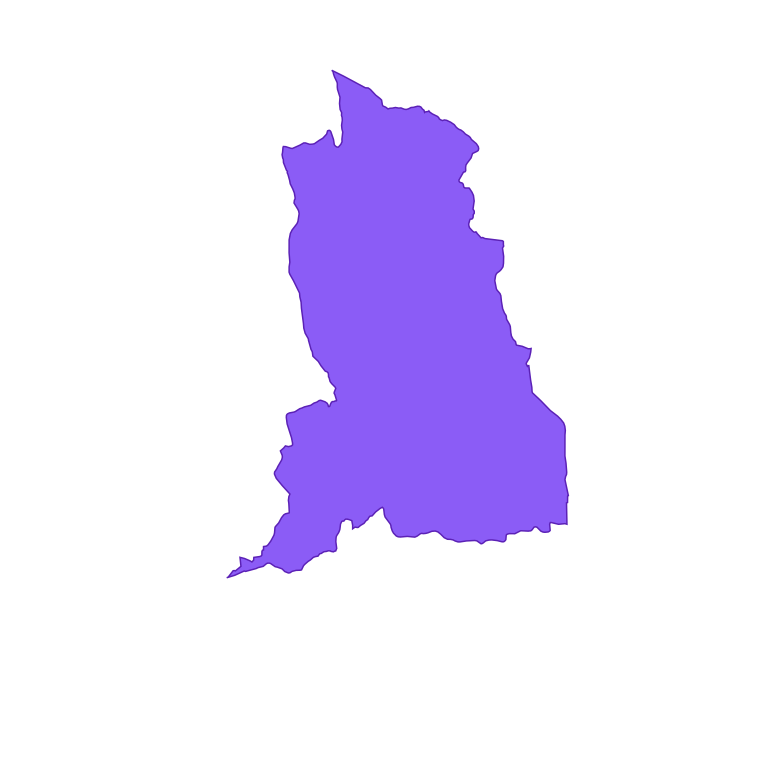 Cucunubá, Cundinamarca, Colombia, rotated 127°
{"feature_id": "7082276B75127006220699", "entity_name": "Cucunubá", "entity_type": "district", "adm_level": 2, "iso_a3": "COL", "parent_name": "Colombia", "parent_adm1": "Cundinamarca", "projection": "robinson", "projection_center": [-73.78, 5.231], "detail": "fine", "context": "isolated", "style": "filled", "palette": "violet", "viewbox_px": 768, "rotation_deg": 127, "n_neighbors": 0, "source": "geoboundaries", "source_scale": "gbopen_adm2", "svg_char_len": 6171}
<svg xmlns="http://www.w3.org/2000/svg" viewBox="0 0 768 768"><g transform="rotate(127 384 384)"><path d="M385.9,153.5L369.1,166.7L368.2,166.1L363.0,169.9L362.2,169.6L351.5,181.9L348.6,183.3L346.4,183.8L344.5,185.0L337.7,191.0L332.6,196.2L315.8,208.8L312.0,211.2L308.9,214.2L307.0,217.1L305.8,221.6L305.2,226.0L305.1,235.1L303.0,248.6L301.7,260.2L300.8,261.3L297.6,264.0L292.7,269.2L282.2,279.4L282.7,280.0L283.6,280.1L282.4,282.4L281.8,282.9L275.6,283.6L270.3,286.0L267.1,287.9L268.1,288.8L269.1,290.1L270.7,296.3L273.2,301.5L273.1,302.0L271.0,304.5L270.5,308.0L269.0,311.1L266.7,313.6L262.0,317.8L260.9,319.5L258.5,325.1L256.2,327.2L255.5,328.5L254.9,330.4L252.5,334.5L247.4,339.9L243.2,343.8L242.0,345.7L241.0,350.2L240.4,351.5L234.8,357.7L230.3,360.1L228.8,360.5L227.2,360.5L224.3,359.6L222.1,359.3L218.8,359.5L215.7,361.2L210.0,365.3L204.1,371.2L201.8,371.4L201.1,372.3L198.3,374.5L198.4,375.8L207.1,390.9L207.6,393.3L208.8,394.5L207.7,400.5L207.1,401.6L207.3,402.3L207.9,402.5L208.5,403.4L208.6,405.1L207.7,409.8L206.6,411.4L205.2,412.7L201.1,414.3L200.5,414.3L199.4,413.1L198.4,412.9L197.2,413.2L195.1,414.6L193.3,414.7L191.6,416.0L190.7,418.2L183.6,422.1L179.6,426.0L177.9,429.1L176.3,433.6L176.3,434.0L178.7,437.3L178.8,438.2L178.6,438.9L177.0,440.7L176.5,441.8L176.5,442.8L177.1,444.1L177.2,445.3L177.0,445.9L176.0,446.9L167.2,448.0L166.7,447.9L166.0,447.1L165.2,447.0L164.4,447.2L161.7,449.3L159.8,450.3L157.7,450.5L151.1,450.5L146.6,452.0L142.4,449.8L140.9,449.3L139.2,449.9L137.7,451.5L136.5,454.9L136.1,461.4L135.2,463.5L135.0,465.4L135.4,469.4L134.9,472.3L134.9,475.3L135.5,477.4L135.6,479.0L135.4,481.1L134.6,483.9L134.8,488.3L135.7,492.6L136.8,494.7L138.4,495.8L138.9,497.6L139.0,499.4L138.4,500.4L138.1,502.2L139.2,507.9L139.3,511.1L138.9,512.5L139.5,512.5L141.8,514.7L142.7,515.0L141.3,516.8L141.3,518.7L140.6,521.2L140.9,522.7L142.0,524.4L145.2,526.9L146.9,528.8L149.6,530.1L151.4,531.5L152.4,533.3L153.3,536.6L154.8,538.3L156.3,541.3L158.6,543.3L160.3,545.3L161.9,546.3L161.9,549.3L162.6,552.1L162.1,553.2L158.7,556.8L158.4,558.8L158.3,564.5L157.0,571.9L157.0,573.2L157.1,574.8L158.7,577.2L162.5,601.8L164.9,614.5L165.2,612.7L166.7,611.0L168.6,608.2L171.4,602.9L172.4,601.9L175.0,600.0L176.7,598.4L181.5,591.7L186.8,588.3L191.2,584.2L192.6,581.4L193.1,580.9L195.0,579.7L196.3,577.9L198.5,576.0L202.9,573.6L205.7,571.0L207.6,568.6L213.7,565.0L215.8,563.3L218.6,562.7L222.2,563.0L222.6,563.3L223.2,564.7L223.2,566.2L222.8,567.7L219.1,571.5L214.5,578.3L214.2,579.3L214.2,580.1L214.9,580.9L215.8,581.4L218.9,580.2L224.6,580.8L228.2,582.3L234.0,584.2L235.5,585.5L237.3,587.6L238.7,591.7L239.8,593.2L243.8,594.9L251.0,598.9L251.8,600.2L253.6,605.3L254.9,607.3L255.9,607.0L260.1,604.4L262.2,603.4L264.4,601.0L265.3,599.5L267.7,597.5L272.0,590.5L272.3,589.1L273.6,588.4L274.3,587.0L278.2,581.9L280.6,579.3L283.1,574.3L285.3,570.7L288.5,567.3L289.7,566.4L291.1,566.2L293.6,564.8L296.3,558.0L297.2,556.3L299.0,554.3L305.9,550.6L308.2,550.0L316.3,550.1L320.1,549.4L326.0,546.5L336.4,538.7L343.4,532.5L347.5,530.3L351.8,527.1L353.0,525.3L356.0,518.4L362.2,506.2L365.1,503.6L368.5,499.5L373.2,495.5L383.9,485.0L387.7,481.6L390.9,477.5L393.4,471.7L394.6,470.5L400.3,463.1L401.4,460.7L404.6,457.5L405.5,450.1L407.4,445.2L409.0,439.2L409.1,438.5L408.6,437.1L408.6,435.6L409.7,434.2L411.7,432.6L411.9,431.8L414.5,428.5L415.2,426.0L415.9,421.2L416.5,419.9L420.2,418.9L421.3,418.4L422.3,416.5L425.5,412.1L426.0,411.9L426.5,412.3L427.0,412.9L428.0,413.3L429.0,414.5L430.1,415.0L432.4,414.6L434.1,414.0L434.9,414.1L435.4,414.8L434.2,416.4L433.6,417.9L433.7,420.4L435.1,424.8L436.2,425.8L439.0,426.8L441.3,428.4L445.1,429.7L450.2,433.8L452.6,435.1L454.4,436.4L459.5,438.3L460.6,439.0L464.0,442.1L465.7,443.0L466.8,443.2L467.8,443.0L469.5,441.9L474.2,437.3L482.6,425.5L486.2,421.5L487.6,420.4L489.0,420.6L491.5,422.6L492.8,425.5L495.5,425.6L499.8,426.5L502.2,422.4L503.5,421.2L505.0,420.5L506.4,420.0L513.9,419.1L516.2,418.6L520.1,418.4L521.5,417.6L522.0,417.1L524.2,413.2L526.4,404.0L528.5,392.9L531.2,392.2L534.5,390.3L536.8,388.0L543.5,382.4L544.1,382.2L547.0,384.6L548.8,385.3L552.3,385.4L558.3,384.5L563.3,384.9L564.2,384.7L569.0,381.7L571.0,380.9L577.4,379.9L582.1,379.8L584.2,380.3L586.3,382.4L589.0,380.4L589.2,380.7L590.1,381.0L591.2,380.7L594.1,378.6L595.2,378.6L596.5,379.3L600.8,383.6L603.2,382.1L605.6,382.4L605.9,384.8L607.3,390.4L609.1,394.7L615.7,388.5L622.7,390.2L623.1,391.3L623.9,392.1L631.9,392.2L633.4,393.0L626.5,388.0L617.5,383.1L617.0,381.8L616.0,381.0L608.3,375.0L606.5,374.1L602.3,370.7L598.0,369.7L596.9,368.9L596.0,367.7L595.6,366.4L595.4,361.0L594.5,359.0L593.2,354.9L593.0,353.9L593.5,350.4L592.5,346.7L591.4,345.5L588.9,344.6L585.7,342.0L583.1,338.8L582.1,338.0L577.6,338.9L576.0,338.8L571.2,337.8L568.9,336.9L564.9,336.1L563.0,334.8L561.2,333.1L558.4,333.2L557.0,332.1L554.2,331.1L552.2,329.1L550.8,328.2L549.6,326.4L549.6,325.6L548.5,323.4L546.8,322.6L546.5,322.1L543.8,322.8L538.9,327.6L535.4,329.9L533.9,330.5L530.0,330.8L528.0,331.3L526.6,331.8L521.9,334.5L519.1,335.0L518.2,334.4L517.7,333.6L516.0,333.6L514.9,333.2L514.0,331.9L513.3,330.3L512.5,327.5L515.7,324.0L518.5,321.9L515.7,321.0L514.7,319.0L514.0,318.3L511.0,317.6L507.3,316.1L504.1,316.1L502.1,315.4L500.0,315.8L498.1,315.7L496.4,314.1L491.3,313.7L485.7,312.2L483.5,311.2L483.5,310.4L484.0,309.0L488.1,305.1L489.6,303.0L492.0,294.8L492.9,293.3L494.2,292.1L496.3,289.1L497.4,286.6L498.0,282.7L497.5,280.7L496.3,278.8L491.7,273.7L487.7,267.2L485.6,266.0L481.6,264.8L480.6,264.0L479.8,262.5L478.2,260.8L476.5,259.4L472.8,257.1L470.6,254.6L469.7,252.0L469.8,248.5L470.5,243.4L469.8,239.9L468.0,237.3L466.9,234.9L466.6,232.8L465.6,229.9L464.3,228.2L459.7,223.7L454.4,217.4L453.4,215.5L453.2,210.3L452.4,209.6L451.2,209.1L448.1,208.4L445.5,206.3L443.6,204.0L440.9,199.3L439.1,195.0L438.4,193.9L437.6,193.3L436.5,193.0L435.0,193.0L431.7,195.1L430.7,195.5L429.8,195.2L428.1,193.9L424.8,189.4L418.9,186.5L414.7,180.3L412.9,178.4L411.5,178.0L408.0,178.0L406.9,177.1L406.3,175.6L407.1,170.2L406.6,168.0L405.6,166.3L403.3,163.8L401.9,163.2L400.9,163.2L396.2,167.4L394.6,167.8L394.1,167.3L391.0,160.2L386.6,155.4L385.9,153.5Z" fill="#8b5cf6" stroke="#5b21b6" stroke-width="1.5"/></g></svg>